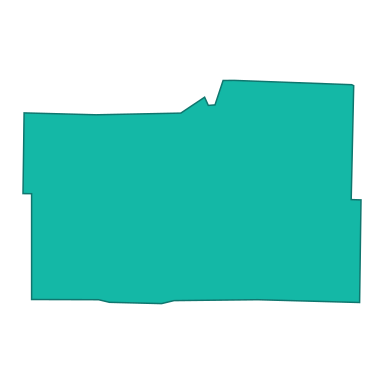 the district of Maries, Missouri, United States of America, rotated 180°
{"feature_id": "52423323B55894153877564", "entity_name": "Maries", "entity_type": "district", "adm_level": 2, "iso_a3": "USA", "parent_name": "United States of America", "parent_adm1": "Missouri", "projection": "equal_earth", "projection_center": [-91.92, 38.152], "detail": "fine", "context": "isolated", "style": "filled", "palette": "teal", "viewbox_px": 384, "rotation_deg": 180, "n_neighbors": 0, "source": "geoboundaries", "source_scale": "gbopen_adm2", "svg_char_len": 446}
<svg xmlns="http://www.w3.org/2000/svg" viewBox="0 0 384 384"><g transform="rotate(180 192 192)"><path d="M361.0,190.4L352.4,190.3L352.4,84.5L285.4,84.3L274.6,81.7L222.4,80.4L210.0,83.4L126.2,84.3L24.4,81.5L23.3,162.3L23.0,184.1L32.8,184.4L30.3,298.3L32.3,299.3L128.2,302.8L149.9,303.6L160.9,303.5L169.0,279.1L175.7,278.6L179.4,286.8L203.2,270.9L287.9,269.2L359.9,271.1L361.0,190.4Z" fill="#14b8a6" stroke="#0f766e" stroke-width="1.5"/></g></svg>